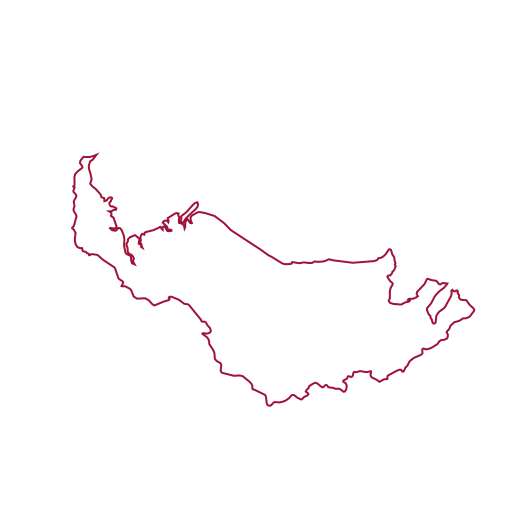 SVG path tracing the border of Sarawak, rotated 48°
{"feature_id": "MYS-1187", "entity_name": "Sarawak", "entity_type": "State", "adm_level": 1, "iso_a3": "MYS", "parent_name": "Malaysia", "parent_adm1": "", "projection": "mercator", "projection_center": [112.841, 2.907], "detail": "fine", "context": "isolated", "style": "outline", "palette": "rose", "viewbox_px": 512, "rotation_deg": 48, "n_neighbors": 0, "source": "natural_earth", "source_scale": "10m", "svg_char_len": 6131}
<svg xmlns="http://www.w3.org/2000/svg" viewBox="0 0 512 512"><g transform="rotate(48 256 256)"><path d="M424.8,169.4L425.7,168.4L425.6,167.1L421.1,161.9L420.3,159.4L420.0,156.8L420.6,150.9L420.3,149.4L416.3,137.8L414.7,135.6L412.6,134.1L412.5,132.7L414.5,132.6L415.2,132.1L415.8,130.0L416.5,129.5L417.3,129.6L418.2,130.9L421.1,131.3L422.2,132.8L424.6,133.2L426.3,132.5L429.5,129.3L435.2,129.9L439.9,129.5L441.8,129.6L442.7,130.7L444.1,137.8L442.8,141.6L440.9,143.9L440.2,148.4L437.9,152.8L438.0,158.1L439.5,161.1L439.9,164.8L440.2,165.3L442.7,166.0L443.8,166.9L444.6,168.0L445.1,169.5L444.3,172.0L442.2,175.1L442.1,177.4L442.9,179.7L441.8,186.2L441.0,188.9L439.3,192.0L436.7,193.6L436.7,195.0L439.8,197.5L439.8,199.6L437.4,206.7L437.0,211.6L437.3,213.1L438.8,216.8L439.0,220.1L440.0,221.9L440.5,223.9L439.5,224.7L437.8,224.2L436.5,225.5L435.4,228.4L433.2,237.7L433.3,238.7L435.3,240.7L433.2,243.5L432.1,248.5L428.6,249.2L424.5,250.9L422.6,251.2L420.8,250.4L419.3,248.1L418.4,247.8L416.3,251.6L411.1,255.7L409.6,259.0L407.8,260.7L408.0,261.8L409.6,263.9L410.0,265.1L409.3,266.6L407.4,267.4L407.0,268.2L408.0,270.6L407.0,274.5L407.9,275.3L410.6,274.5L412.9,275.2L415.4,278.0L416.2,280.6L415.4,281.8L411.3,282.5L410.0,283.3L407.7,285.9L405.7,286.9L401.9,290.0L399.5,289.8L398.7,290.2L398.3,291.5L398.6,293.8L398.2,294.5L396.5,295.0L391.8,295.7L389.9,296.7L389.0,299.2L388.3,303.7L389.3,305.2L389.4,308.4L390.0,309.7L393.2,309.2L393.8,309.6L394.0,311.4L393.0,314.4L393.2,318.0L392.4,318.7L389.0,320.1L385.0,320.7L383.8,321.8L383.3,323.0L383.8,326.5L383.2,330.8L382.0,334.0L380.4,336.7L377.4,339.5L376.7,340.5L377.0,344.6L376.6,345.8L375.6,346.8L374.1,347.1L372.8,346.7L367.9,343.2L366.5,342.5L365.1,342.3L354.6,346.5L352.7,347.6L351.9,347.4L350.1,345.6L347.8,344.9L345.3,344.9L336.4,346.3L333.9,348.0L330.2,352.6L320.4,359.2L318.9,359.5L317.2,358.7L314.1,355.0L312.7,354.2L311.4,354.2L307.7,355.5L304.9,355.4L300.4,351.9L297.5,350.8L290.2,349.6L288.2,348.1L285.9,347.0L283.6,346.8L277.9,347.9L277.7,347.5L278.1,346.8L280.9,344.4L282.0,341.9L281.9,340.5L281.3,339.6L278.8,338.4L274.8,338.4L271.5,337.7L270.4,338.1L269.0,339.7L268.3,340.1L266.2,339.5L247.9,338.6L246.4,338.9L243.5,341.3L237.1,342.5L230.0,345.9L228.9,346.8L228.4,348.3L228.7,348.9L230.1,348.9L230.5,350.2L228.3,354.7L224.7,364.7L222.3,365.3L217.3,365.3L213.4,366.5L208.0,373.0L204.3,374.0L197.7,371.6L195.7,371.7L190.6,373.7L189.1,375.7L188.4,376.1L187.1,372.7L186.5,372.2L185.4,372.1L181.7,373.1L180.4,373.1L170.8,369.0L169.6,368.9L155.8,372.4L150.0,372.9L148.3,373.7L144.9,376.6L144.3,377.6L144.1,379.2L143.7,379.5L142.5,378.8L140.5,379.8L139.2,379.6L136.6,381.4L135.7,381.3L134.3,380.1L133.6,380.0L132.5,381.5L130.0,382.7L127.0,382.3L124.2,380.9L121.9,379.1L118.3,374.7L114.4,373.7L112.7,374.1L112.1,373.9L111.7,371.1L106.4,362.8L105.2,362.2L100.5,361.3L99.1,360.3L97.8,357.9L96.6,356.9L93.6,355.1L91.7,350.2L91.0,349.2L89.8,348.7L86.2,348.7L85.1,347.8L83.6,344.8L82.1,345.3L81.9,343.6L81.5,343.0L76.0,338.3L74.1,335.5L73.8,331.5L74.2,326.6L73.8,325.5L72.7,325.0L69.2,324.7L67.6,322.6L66.9,317.8L69.7,315.1L71.3,313.0L72.9,310.1L74.0,306.8L75.2,313.0L74.6,315.8L77.0,319.8L79.4,321.8L83.2,323.5L88.9,326.7L91.4,330.9L95.3,331.0L98.3,330.3L106.2,330.3L108.9,331.5L111.5,330.1L113.8,332.0L114.8,329.9L114.4,328.6L114.4,326.1L115.1,324.7L116.1,324.1L117.0,324.4L117.5,326.2L118.2,327.3L118.4,329.5L119.9,330.5L121.8,330.7L122.4,330.4L123.2,329.3L127.1,327.9L127.9,329.0L126.6,330.8L126.0,333.5L124.5,335.3L127.0,334.6L128.5,335.6L128.9,336.8L129.6,337.0L132.1,336.2L140.6,339.8L141.4,341.3L141.0,342.8L137.6,345.5L137.6,345.9L140.5,345.6L142.8,344.0L143.5,342.8L143.0,339.6L144.7,338.3L147.5,338.7L152.8,340.8L155.4,342.5L160.1,347.2L166.1,350.7L166.9,350.9L168.4,350.7L171.7,349.2L173.7,350.0L175.9,351.9L178.4,353.0L181.0,351.8L177.4,350.9L176.2,348.4L173.5,347.7L171.8,347.8L169.6,348.8L167.1,348.5L164.1,346.1L161.4,345.0L160.4,344.2L159.3,341.3L158.1,340.1L157.8,339.4L157.8,337.0L159.2,332.7L159.7,331.9L164.6,331.1L165.8,331.5L167.5,334.1L168.4,334.9L170.6,334.1L172.5,335.3L173.9,334.9L172.0,334.3L170.9,333.4L168.0,332.9L168.0,332.2L167.1,330.9L165.2,330.0L163.7,327.6L163.3,325.9L165.4,324.8L164.2,323.3L164.4,322.1L168.2,314.8L170.0,309.2L170.1,307.7L170.4,307.4L172.4,307.9L173.9,307.8L172.3,306.5L172.2,305.0L173.0,304.2L178.1,305.1L179.3,304.1L180.7,302.0L180.1,301.5L179.4,301.7L178.7,302.4L178.2,303.9L177.7,304.0L175.3,302.7L174.0,302.5L168.8,303.0L168.4,301.0L168.8,300.0L169.7,299.0L170.9,298.4L172.2,298.6L171.5,297.5L169.3,296.8L168.8,296.3L170.2,288.0L171.0,286.3L172.6,285.1L173.1,286.2L176.0,287.3L178.2,289.8L179.9,291.0L182.3,289.5L185.0,289.0L187.8,290.7L187.3,289.5L183.5,285.7L182.3,282.2L187.4,282.8L188.6,281.8L189.5,281.8L185.8,280.7L183.4,278.7L183.1,276.3L184.5,270.1L185.6,268.5L190.0,265.1L198.6,260.0L210.4,257.7L219.8,257.4L254.3,248.3L263.7,246.3L267.5,244.8L278.9,241.5L280.9,240.4L284.2,236.9L285.5,234.6L284.7,233.2L290.4,228.6L292.7,224.8L297.5,220.5L298.7,218.8L299.4,215.9L300.9,214.8L304.6,210.4L306.0,207.9L307.2,204.0L310.9,201.5L325.8,188.6L338.7,171.8L340.0,168.9L339.6,166.4L340.9,164.4L341.5,161.8L341.5,158.8L340.1,153.0L340.5,152.0L341.9,151.6L345.9,153.6L349.3,154.1L352.6,156.3L354.9,157.4L355.3,158.6L357.1,159.0L357.5,160.3L358.5,161.7L359.0,163.4L359.0,165.2L359.8,166.4L360.3,169.2L359.0,170.9L359.4,172.4L364.2,173.1L367.8,172.7L368.6,173.5L369.9,177.4L371.4,179.8L377.0,184.8L378.1,187.4L380.6,187.7L383.5,186.0L389.2,180.6L390.4,175.9L392.3,172.7L392.1,171.6L390.2,172.4L390.1,171.1L393.0,167.7L394.0,164.4L394.2,162.6L391.6,162.0L390.5,160.3L389.6,149.4L387.6,144.7L387.7,143.7L391.6,141.5L394.7,138.9L396.0,138.6L399.4,138.8L400.4,138.2L401.0,135.3L404.5,132.2L404.9,133.4L405.4,138.1L404.9,143.0L405.2,148.0L405.7,150.4L408.4,157.6L409.2,163.7L410.5,165.1L414.0,166.4L415.3,166.7L417.1,166.5L419.2,167.8L420.4,167.7L423.5,169.3L424.8,169.4ZM182.7,287.9L182.7,289.0L181.5,288.4L180.2,289.8L178.5,286.5L176.6,285.4L176.4,284.1L176.9,278.9L175.8,268.7L175.9,265.6L176.8,263.7L178.9,264.5L180.2,266.4L180.8,269.0L180.9,279.7L181.4,284.3L182.7,287.9Z" fill="none" stroke="#9f1239" stroke-width="2"/></g></svg>